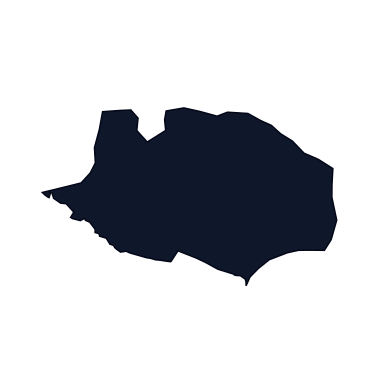 the district of Lythrodontas, Nicosia, Cyprus, rotated 69°
{"feature_id": "46923920B22593785747920", "entity_name": "Lythrodontas", "entity_type": "district", "adm_level": 2, "iso_a3": "CYP", "parent_name": "Cyprus", "parent_adm1": "Nicosia", "projection": "equal_earth", "projection_center": [33.288, 34.939], "detail": "fine", "context": "isolated", "style": "filled", "palette": "ink", "viewbox_px": 384, "rotation_deg": 69, "n_neighbors": 0, "source": "geoboundaries", "source_scale": "gbopen_adm2", "svg_char_len": 1271}
<svg xmlns="http://www.w3.org/2000/svg" viewBox="0 0 384 384"><g transform="rotate(69 192 192)"><path d="M270.1,67.0L247.0,63.3L235.1,58.6L220.6,52.1L206.9,62.3L195.9,73.5L180.5,80.0L169.4,88.4L158.3,94.0L149.8,102.4L138.7,111.7L130.2,130.3L130.2,141.4L119.9,155.4L110.6,169.4L107.1,187.1L114.8,191.7L125.1,194.5L129.3,215.9L114.8,221.5L103.7,215.9L93.5,219.7L90.1,229.9L85.0,246.7L100.3,256.0L115.7,267.2L130.2,271.8L137.8,280.2L143.8,292.3L142.1,306.3L138.8,331.9L141.8,330.5L145.2,328.3L146.0,327.4L143.0,325.1L140.9,325.2L142.9,323.1L148.4,323.4L155.4,318.6L157.8,313.7L168.4,309.6L172.2,314.4L173.9,313.2L178.7,306.5L178.1,301.8L180.3,301.6L183.5,298.3L192.2,295.8L195.1,297.0L197.2,294.2L198.6,293.8L200.1,294.1L204.4,288.6L211.4,287.3L213.2,284.9L215.1,284.1L216.1,284.1L218.6,282.8L222.5,280.2L223.7,274.7L226.5,272.0L234.7,261.1L236.9,258.2L239.1,254.4L242.2,250.4L244.3,246.1L246.0,243.2L247.2,241.1L249.4,237.0L249.2,236.3L241.9,226.2L249.3,218.1L254.7,212.2L255.7,211.2L262.4,204.8L273.5,195.4L283.7,182.4L284.7,182.2L286.0,180.1L287.5,176.8L292.5,173.5L295.3,173.8L298.6,175.0L299.0,175.2L292.2,168.4L287.1,157.3L282.9,144.2L282.9,124.7L284.6,113.5L288.0,104.2L293.9,89.3L286.3,79.1L270.1,67.0Z" fill="#0f172a" stroke="#020617" stroke-width="1.5"/></g></svg>